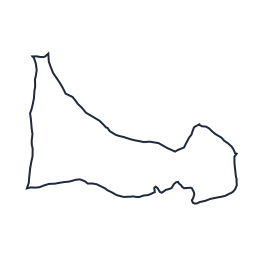 Yagba East, Kogi, Nigeria (orthographic projection), rotated 265°
{"feature_id": "59680162B47068494760958", "entity_name": "Yagba East", "entity_type": "district", "adm_level": 2, "iso_a3": "NGA", "parent_name": "Nigeria", "parent_adm1": "Kogi", "projection": "orthographic", "projection_center": [5.772, 8.137], "detail": "fine", "context": "isolated", "style": "outline", "palette": "slate", "viewbox_px": 256, "rotation_deg": 265, "n_neighbors": 0, "source": "geoboundaries", "source_scale": "gbopen_adm2", "svg_char_len": 2143}
<svg xmlns="http://www.w3.org/2000/svg" viewBox="0 0 256 256"><g transform="rotate(265 128 128)"><path d="M76.7,22.0L77.3,25.7L76.7,30.6L76.7,34.5L78.4,40.5L79.2,44.6L78.9,50.0L79.4,55.5L79.7,59.6L79.7,64.5L80.2,67.5L81.0,71.6L81.0,75.7L78.6,80.6L76.2,83.0L75.7,88.4L75.6,88.5L74.6,92.0L70.2,99.4L67.8,102.1L66.7,104.0L64.8,107.0L62.1,110.9L59.7,117.7L59.4,123.7L59.4,127.2L58.6,130.2L58.6,130.4L58.3,133.2L59.4,137.9L59.4,140.9L59.7,143.3L61.8,149.1L63.6,149.0L66.0,148.9L67.2,150.5L65.2,152.4L62.6,153.6L61.6,154.1L60.6,155.9L61.6,157.8L63.0,160.2L63.6,163.0L64.2,166.0L66.1,167.4L68.1,168.8L69.7,171.1L70.0,173.2L68.3,173.9L66.3,175.9L64.2,177.1L63.8,178.0L63.1,178.6L63.1,182.6L63.0,185.3L62.4,186.4L60.1,187.3L58.7,187.9L56.3,188.3L52.0,186.6L50.5,185.3L47.9,186.1L46.9,187.9L46.9,190.1L48.0,193.1L48.7,198.6L50.2,203.9L51.0,211.0L51.4,215.4L52.0,219.0L54.6,225.6L55.0,226.6L57.5,229.3L61.5,231.4L66.1,231.5L66.7,231.7L66.8,231.7L66.9,231.8L70.1,231.3L76.8,231.1L83.9,231.0L90.2,231.5L92.9,234.0L93.5,232.6L97.5,231.2L100.5,229.6L104.0,226.3L107.0,222.7L110.2,220.3L114.3,214.6L117.5,211.3L120.5,208.8L122.6,205.8L123.2,202.0L123.3,201.9L124.5,199.9L125.0,199.7L125.4,199.5L123.7,195.2L122.9,193.8L121.6,193.2L118.9,191.9L115.6,190.5L113.3,188.2L113.2,188.1L108.6,185.1L107.2,184.2L103.7,182.1L101.8,175.8L100.5,173.1L100.4,172.9L104.6,165.4L110.3,157.1L111.7,151.5L112.5,148.4L112.6,142.4L113.8,138.6L115.1,133.8L116.6,129.5L119.3,123.1L121.2,117.5L122.5,114.8L126.5,109.5L128.1,108.6L129.8,107.7L130.5,106.1L132.8,104.4L137.8,100.2L139.9,97.2L143.1,92.8L146.8,87.5L152.1,83.9L156.2,80.2L159.8,78.1L163.7,75.5L167.7,68.8L172.7,66.9L177.2,64.9L183.1,61.7L189.3,58.2L191.6,57.5L196.6,56.0L198.7,55.5L200.9,54.9L209.1,55.1L206.6,51.9L206.0,50.0L206.3,47.3L207.4,42.9L207.6,39.1L207.2,39.4L206.0,40.4L200.1,41.8L193.6,42.1L186.9,40.4L184.7,39.6L177.1,39.1L173.1,38.0L165.8,36.9L161.9,35.7L161.2,35.6L155.3,33.6L151.0,31.7L146.1,32.0L141.5,32.0L135.6,32.0L130.2,32.3L123.4,30.9L119.9,30.7L115.6,31.2L110.7,30.7L108.0,30.4L102.6,28.7L96.7,27.1L87.0,25.2L84.6,24.8L82.1,24.4L76.7,22.0Z" fill="none" stroke="#1e293b" stroke-width="2"/></g></svg>